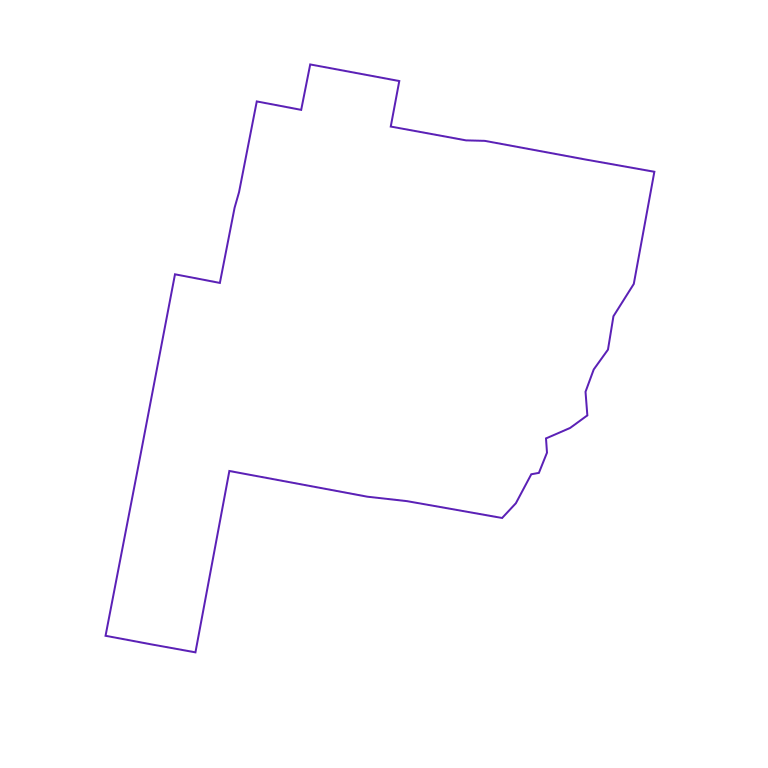 Perry, Alabama, United States of America (Mercator projection), rotated 11°
{"feature_id": "52423323B79791422709235", "entity_name": "Perry", "entity_type": "district", "adm_level": 2, "iso_a3": "USA", "parent_name": "United States of America", "parent_adm1": "Alabama", "projection": "mercator", "projection_center": [-87.24, 32.591], "detail": "fine", "context": "isolated", "style": "outline", "palette": "violet", "viewbox_px": 768, "rotation_deg": 11, "n_neighbors": 0, "source": "geoboundaries", "source_scale": "gbopen_adm2", "svg_char_len": 571}
<svg xmlns="http://www.w3.org/2000/svg" viewBox="0 0 768 768"><g transform="rotate(11 384 384)"><path d="M610.1,238.1L608.9,124.1L538.4,125.2L436.5,126.1L418.0,129.2L341.5,130.0L341.2,83.7L250.6,84.4L250.4,130.7L205.2,130.9L205.1,223.3L203.7,239.5L203.6,316.1L157.9,316.2L158.5,499.9L158.7,684.3L204.3,684.0L250.1,683.4L248.8,498.9L389.2,497.8L429.0,494.6L525.5,493.0L536.2,475.9L545.8,444.5L553.0,441.7L557.1,420.3L553.4,406.5L575.1,391.6L589.6,376.0L583.3,353.2L587.1,329.7L597.3,307.5L596.3,273.7L610.1,238.1Z" fill="none" stroke="#5b21b6" stroke-width="2"/></g></svg>